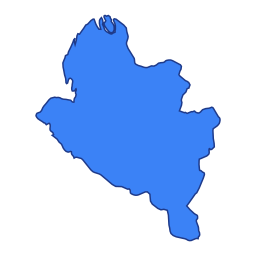 Nariño, Robinson projection
{"feature_id": "COL-1406", "entity_name": "Nariño", "entity_type": "Department", "adm_level": 1, "iso_a3": "COL", "parent_name": "Colombia", "parent_adm1": "", "projection": "robinson", "projection_center": [-77.896, 1.511], "detail": "fine", "context": "isolated", "style": "filled", "palette": "blue", "viewbox_px": 256, "rotation_deg": 0, "n_neighbors": 0, "source": "natural_earth", "source_scale": "10m", "svg_char_len": 4655}
<svg xmlns="http://www.w3.org/2000/svg" viewBox="0 0 256 256"><path d="M68.1,152.1L66.1,151.4L64.5,149.9L63.2,148.0L62.3,145.9L61.5,144.2L59.0,142.0L57.2,139.2L52.2,135.3L53.6,134.6L53.0,132.9L52.0,131.9L50.9,131.1L50.1,130.0L50.0,128.5L50.2,126.7L50.2,124.9L49.5,123.4L49.0,123.3L47.9,123.8L46.3,124.7L45.6,123.8L44.7,122.9L43.6,122.7L42.8,121.9L40.9,120.7L40.2,120.3L37.9,118.7L36.7,117.2L36.0,115.8L36.4,114.2L37.0,113.3L38.4,112.7L40.0,112.2L41.5,110.6L42.8,107.7L44.0,105.9L46.1,103.5L47.9,101.2L49.0,99.8L50.8,98.2L54.7,97.2L56.6,97.6L58.1,97.4L60.0,97.8L61.6,98.7L63.4,99.2L66.2,99.4L68.1,99.8L70.5,100.2L70.9,100.4L71.5,101.2L72.3,101.9L73.2,102.2L74.0,102.0L74.0,100.7L74.1,99.9L74.4,98.4L75.5,97.0L76.1,94.6L75.5,93.0L75.6,91.6L75.7,91.3L76.0,90.8L76.2,90.2L76.2,89.3L76.0,88.8L75.6,89.1L75.1,90.3L74.0,91.0L72.3,91.0L71.8,89.8L71.7,88.0L72.1,86.1L72.2,84.6L72.6,82.3L72.7,81.1L72.5,80.3L71.8,79.3L70.9,78.5L70.1,78.2L69.1,78.7L68.4,80.0L67.6,83.0L66.7,83.6L66.0,82.8L65.9,80.8L65.6,78.2L64.6,74.9L63.8,70.4L63.1,67.1L62.9,63.0L63.8,60.6L64.9,58.0L65.5,55.6L67.8,54.5L68.5,51.8L71.0,46.7L72.8,42.6L73.8,39.7L75.1,38.2L74.5,39.8L74.4,41.4L74.7,43.0L75.1,44.6L76.3,40.3L77.0,35.7L77.9,33.7L79.5,34.2L81.6,31.2L83.7,28.3L85.8,25.0L87.6,24.2L89.1,22.6L90.9,20.6L93.1,19.1L94.1,19.2L94.9,21.4L95.8,24.0L97.1,26.5L98.9,29.2L100.8,29.3L99.9,26.0L99.4,23.3L99.5,20.4L100.2,19.0L101.4,17.6L102.4,19.3L103.0,22.2L102.5,24.4L103.3,26.0L104.1,28.0L104.7,29.7L106.0,31.2L106.7,31.8L109.7,33.5L111.1,34.0L111.9,33.9L113.3,32.9L115.0,32.3L115.1,31.8L115.1,31.0L115.1,30.4L115.3,29.7L115.4,29.3L115.4,25.9L115.1,24.5L114.7,23.0L113.9,21.4L113.4,19.7L114.2,18.8L116.1,19.2L123.7,25.0L126.3,28.0L126.5,29.8L126.9,32.0L127.9,35.5L128.1,36.5L128.0,37.5L127.8,38.6L126.7,41.9L126.5,42.8L126.5,43.7L126.6,44.6L128.1,48.5L134.2,58.4L134.4,59.4L134.7,62.5L135.0,63.3L135.8,64.2L138.3,65.5L140.9,66.2L144.0,67.3L145.9,67.6L147.4,67.5L151.4,65.9L154.0,66.1L156.5,64.9L157.9,63.7L158.5,63.2L160.8,62.7L163.2,62.5L164.7,61.9L164.9,61.5L165.7,60.8L166.1,60.6L166.6,60.4L168.1,60.1L169.1,60.0L170.4,60.0L171.3,60.2L172.8,60.8L180.4,64.8L181.4,66.3L181.0,69.2L179.8,71.5L179.4,73.0L179.2,73.6L178.9,74.4L179.2,75.2L180.0,76.1L185.0,80.3L186.2,81.0L187.2,81.4L188.7,82.5L190.0,84.9L189.0,87.6L188.8,88.2L188.3,88.2L187.3,88.6L186.9,89.1L186.7,89.8L186.5,90.4L185.9,92.0L182.9,95.0L181.6,98.7L181.4,99.6L181.4,100.9L181.9,102.4L181.7,103.8L181.5,105.2L179.4,110.9L184.4,112.7L185.2,112.4L185.4,112.4L186.2,112.9L187.1,113.4L191.3,111.7L192.7,111.7L194.1,111.1L194.6,111.1L194.9,111.4L195.3,111.9L196.0,112.4L197.5,112.9L198.4,113.0L199.3,112.8L199.9,112.4L200.9,111.6L201.4,110.9L202.5,109.8L203.1,109.5L205.7,108.6L209.2,108.2L211.8,107.2L212.7,107.6L213.2,108.0L215.9,112.6L218.4,116.8L219.2,117.5L219.6,118.0L219.9,118.8L220.0,119.6L220.0,120.5L219.6,122.4L219.2,123.5L218.2,124.8L217.3,125.8L213.2,128.7L212.9,130.5L213.3,138.6L214.1,143.3L214.3,146.9L211.7,149.4L210.2,149.6L209.9,148.9L209.7,148.6L209.4,148.6L209.1,149.0L209.0,150.1L209.2,152.1L209.1,153.2L208.8,154.1L207.6,155.3L206.7,156.0L200.7,158.6L199.3,159.1L199.1,160.5L199.0,164.5L199.5,169.9L199.7,170.4L200.1,170.5L200.4,170.4L201.0,170.7L202.7,172.2L203.8,172.6L204.1,172.9L204.4,173.8L204.4,174.7L203.6,177.2L203.3,178.1L199.2,188.0L196.8,192.7L195.2,194.0L193.6,196.3L188.4,203.7L186.7,205.9L190.0,209.7L193.9,213.3L195.5,214.4L196.9,215.1L197.4,215.7L197.6,216.7L197.6,218.3L197.3,218.9L197.0,219.2L196.7,219.4L196.4,220.0L196.3,220.9L196.5,222.0L198.2,226.5L198.5,227.9L198.7,230.8L199.5,232.7L199.7,234.6L199.6,235.2L199.3,236.0L198.8,236.4L198.5,236.7L198.2,238.1L198.1,238.7L196.9,238.4L195.5,238.7L191.2,240.5L189.4,240.6L188.0,240.2L186.8,239.5L185.2,238.8L176.2,236.8L173.2,235.5L171.0,233.5L170.1,231.1L169.7,228.2L169.0,225.0L168.4,215.0L167.3,210.3L163.8,209.3L163.4,209.4L160.9,209.8L157.8,208.4L152.3,204.1L150.5,201.1L149.9,194.2L147.4,191.9L145.3,191.9L138.6,194.8L136.9,195.2L135.2,195.2L133.3,194.7L131.4,193.8L130.5,193.0L130.3,191.9L130.3,190.9L130.0,189.9L129.2,188.9L128.8,188.9L128.4,189.1L127.5,189.1L121.7,186.6L115.7,186.4L112.2,184.4L101.1,175.0L99.4,174.0L94.4,172.4L92.8,171.6L90.8,169.8L82.8,159.8L81.9,159.0L81.3,158.5L76.6,157.2L75.3,157.4L74.1,158.1L73.6,156.6L71.9,154.5L71.5,153.5L71.4,151.7L70.6,151.4L69.4,151.8L68.1,152.1ZM111.2,21.1L111.3,21.6L113.3,24.3L114.1,26.4L114.2,29.5L113.2,32.1L110.9,32.9L109.0,31.6L106.7,28.9L104.8,26.1L104.0,24.0L104.3,22.7L104.9,22.1L105.4,21.7L105.8,20.6L105.2,19.6L104.0,17.0L104.1,15.9L105.0,15.4L106.4,16.2L108.3,15.5L110.0,16.7L110.5,18.4L111.2,19.3L111.4,20.5L111.2,21.1Z" fill="#3b82f6" stroke="#1e3a8a" stroke-width="1.5"/></svg>